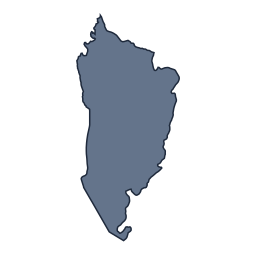 Cachoeira do Piriá, Pará, Brazil
{"feature_id": "56859067B84047664987434", "entity_name": "Cachoeira do Piriá", "entity_type": "district", "adm_level": 2, "iso_a3": "BRA", "parent_name": "Brazil", "parent_adm1": "Pará", "projection": "natural_earth1", "projection_center": [-46.43, -2.011], "detail": "fine", "context": "isolated", "style": "filled", "palette": "slate", "viewbox_px": 256, "rotation_deg": 0, "n_neighbors": 0, "source": "geoboundaries", "source_scale": "gbopen_adm2", "svg_char_len": 4527}
<svg xmlns="http://www.w3.org/2000/svg" viewBox="0 0 256 256"><path d="M154.0,52.6L153.0,52.3L151.5,51.9L149.9,50.8L149.0,50.4L147.8,50.4L147.0,50.1L145.7,49.2L144.9,49.0L143.9,49.1L142.2,48.3L140.8,48.5L138.8,47.7L137.9,47.6L135.7,46.8L134.9,46.1L134.3,45.4L134.1,44.2L133.1,43.2L132.1,43.2L131.2,43.2L130.2,41.8L128.0,40.4L124.2,41.5L122.6,41.7L121.6,41.3L120.9,40.9L116.9,35.7L116.2,35.0L113.6,33.3L112.4,32.7L111.0,32.1L109.1,31.6L107.2,30.9L106.5,30.2L106.0,29.3L104.7,26.6L104.6,24.6L103.8,23.0L103.0,21.5L101.8,18.0L101.5,17.0L100.4,15.4L100.4,16.3L99.7,17.7L97.3,18.8L97.6,19.9L97.5,21.7L98.4,22.2L97.9,22.9L97.0,23.7L96.2,23.8L95.8,25.1L95.3,26.3L93.8,28.1L94.2,29.3L95.0,29.7L95.1,31.3L95.0,34.2L93.7,33.0L92.8,33.2L92.7,32.2L91.7,31.7L91.0,32.7L90.7,34.3L91.0,36.3L92.7,38.0L93.6,38.3L94.7,38.2L95.3,38.9L94.6,40.0L93.1,41.0L91.8,41.6L90.6,41.3L89.2,43.1L88.0,43.9L86.3,43.8L85.7,42.5L84.6,42.6L84.1,44.2L85.3,46.3L86.6,47.6L87.7,49.1L87.7,51.4L86.9,53.6L86.4,55.4L84.6,55.7L83.4,55.5L82.6,54.4L82.1,53.2L81.1,53.4L80.6,54.6L80.3,55.9L79.0,56.4L78.4,56.9L78.2,58.5L76.8,60.9L77.2,62.0L77.1,62.9L77.5,64.0L77.4,64.8L77.3,66.1L77.6,67.0L77.5,68.1L77.9,68.8L78.2,70.0L78.7,71.2L78.8,72.4L79.3,73.7L79.5,74.5L80.0,75.3L80.1,76.6L80.0,77.5L80.1,78.3L80.3,79.4L80.5,80.7L80.8,81.8L81.1,82.8L81.0,83.8L81.2,85.2L81.6,86.6L81.9,87.4L82.3,88.6L82.8,90.0L83.4,91.4L82.8,92.9L82.6,94.0L82.9,95.4L82.4,96.5L82.6,97.6L82.8,98.7L82.8,99.7L82.8,100.9L83.1,101.9L83.9,102.7L84.5,103.9L84.7,104.8L86.0,105.9L86.1,106.8L88.6,108.5L89.6,109.3L89.7,111.2L89.7,112.3L89.7,113.9L89.7,118.4L89.7,122.7L89.7,123.9L89.7,125.0L89.4,126.9L87.7,134.6L87.0,139.3L86.6,142.8L86.3,147.5L86.3,151.1L86.4,154.0L86.9,158.7L87.2,163.8L87.7,167.5L87.6,169.2L87.0,171.4L86.9,172.8L86.6,174.1L85.5,175.3L84.6,175.8L83.4,176.2L82.2,176.9L81.5,177.8L81.2,178.6L81.4,179.7L83.1,185.1L83.5,186.3L83.7,187.5L88.6,196.0L91.2,200.5L92.0,201.8L109.2,231.8L110.7,232.8L123.6,240.6L125.9,238.7L126.8,237.5L127.2,236.3L127.7,234.6L128.2,232.7L129.3,232.0L130.4,231.2L131.1,230.2L131.1,228.7L130.8,227.7L130.0,226.9L128.8,227.1L128.0,227.2L127.1,226.8L125.8,227.1L125.1,228.2L124.8,229.0L124.2,229.7L123.1,231.2L122.3,231.9L121.6,232.4L120.4,233.1L119.7,233.2L119.1,232.5L118.6,231.9L117.6,231.3L117.2,230.3L117.2,229.4L117.4,228.1L118.0,226.6L119.3,225.7L120.6,224.9L121.2,224.1L122.0,223.1L123.0,222.1L124.7,220.6L125.1,219.9L125.8,218.8L126.1,217.3L126.1,215.7L125.9,214.8L125.5,213.7L125.6,212.5L125.8,211.4L125.7,210.6L125.5,209.2L125.6,208.2L126.1,207.4L127.4,206.4L128.0,205.5L128.7,204.0L129.5,201.7L129.6,200.4L129.4,198.8L129.2,197.4L128.8,196.4L127.9,195.7L126.8,194.5L126.1,193.4L125.8,192.4L125.9,191.1L127.0,190.7L128.4,190.0L129.9,189.4L131.1,189.2L131.3,190.0L131.5,190.9L132.1,191.8L133.1,192.8L134.4,194.1L135.6,195.0L136.8,195.2L137.8,194.7L139.1,193.9L139.9,192.7L140.6,191.6L140.7,190.7L141.3,189.6L142.1,188.8L144.0,187.8L145.4,187.7L146.3,187.2L147.0,185.7L147.2,184.8L147.0,183.8L147.5,182.8L148.3,182.2L148.7,181.0L149.1,179.3L149.9,178.5L151.1,177.1L152.8,175.8L153.4,175.3L154.1,174.7L156.6,172.5L157.4,172.1L158.4,171.4L159.6,170.4L160.6,169.4L161.8,168.0L161.4,167.3L160.6,167.3L159.9,167.1L158.6,166.7L157.7,165.8L157.7,164.4L159.1,163.7L159.7,163.3L160.4,162.8L161.7,160.5L162.6,159.6L163.4,159.1L164.4,158.2L164.6,156.9L164.9,155.3L165.3,154.1L165.2,153.1L165.3,151.5L165.1,150.3L164.5,149.7L163.7,148.5L163.1,147.2L163.2,146.2L163.7,145.3L164.0,144.4L164.1,143.5L163.9,142.3L163.7,141.1L164.1,140.1L165.5,139.5L166.6,138.8L167.3,137.3L167.2,135.7L167.7,134.5L168.5,133.3L168.9,132.2L169.3,131.4L169.8,129.9L169.8,127.9L169.7,126.6L169.4,125.4L169.8,124.4L170.0,123.4L170.7,121.6L171.5,120.3L171.9,118.8L172.6,117.2L173.1,115.5L173.2,114.4L173.0,113.0L173.2,111.9L173.5,110.1L173.7,108.8L174.1,107.2L174.9,104.6L175.7,102.5L176.3,101.1L176.4,99.8L176.0,98.3L175.5,96.5L175.3,94.7L175.0,93.7L174.4,93.2L173.4,93.3L172.0,93.4L171.1,92.1L171.5,90.8L172.0,90.0L173.0,89.1L173.6,87.9L174.5,86.6L175.6,84.8L177.2,83.1L178.2,81.8L178.9,80.0L179.2,78.9L179.2,77.9L179.0,76.8L177.7,74.5L176.8,73.0L176.0,71.6L175.4,70.5L174.6,69.8L173.5,69.4L172.2,69.0L171.0,68.6L170.0,68.3L168.9,67.7L167.7,67.5L166.6,67.6L164.9,67.8L163.0,68.5L162.1,68.9L161.4,69.1L160.4,68.8L159.1,67.5L158.1,67.3L157.7,68.2L156.8,69.6L156.0,70.3L155.1,70.5L154.3,70.1L153.8,69.0L153.4,67.9L153.2,67.0L153.0,66.3L152.6,64.1L152.2,62.6L151.8,61.2L151.9,60.0L152.5,57.3L152.9,56.4L153.4,55.6L153.6,54.4L154.0,52.6Z" fill="#64748b" stroke="#1e293b" stroke-width="1.5"/></svg>